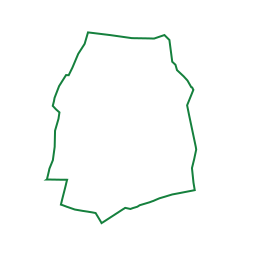 the district of Nomgon, Ömnögovi, Mongolia, rotated 12°
{"feature_id": "93677404B86751370010695", "entity_name": "Nomgon", "entity_type": "district", "adm_level": 2, "iso_a3": "MNG", "parent_name": "Mongolia", "parent_adm1": "Ömnögovi", "projection": "orthographic", "projection_center": [105.179, 42.406], "detail": "fine", "context": "isolated", "style": "outline", "palette": "green", "viewbox_px": 256, "rotation_deg": 12, "n_neighbors": 0, "source": "geoboundaries", "source_scale": "gbopen_adm2", "svg_char_len": 1563}
<svg xmlns="http://www.w3.org/2000/svg" viewBox="0 0 256 256"><g transform="rotate(12 128 128)"><path d="M144.3,29.5L134.9,35.1L129.4,36.1L113.1,39.3L91.4,40.8L69.0,42.8L68.1,54.7L63.9,65.8L61.1,80.4L59.0,88.7L56.4,89.1L51.9,101.3L49.9,113.8L50.0,117.2L49.8,122.0L53.8,124.8L57.7,127.0L58.1,133.5L57.2,145.8L60.2,161.7L61.2,175.1L59.6,184.1L59.6,186.9L59.4,195.2L59.3,195.3L64.6,194.2L66.1,193.9L69.8,193.2L74.8,192.2L76.3,191.9L76.5,191.8L79.2,191.3L79.1,193.1L79.0,197.7L78.8,203.0L78.5,210.3L78.3,216.9L80.3,217.1L84.8,217.8L85.8,217.9L92.9,218.8L95.6,218.7L100.9,218.5L105.7,218.2L110.0,218.0L114.0,217.9L118.2,222.4L121.7,226.2L121.9,226.5L123.2,225.3L125.7,222.8L128.8,219.7L129.7,218.8L135.0,213.5L135.5,213.1L135.7,212.8L136.6,211.9L136.8,211.7L140.1,208.4L141.1,207.5L141.5,207.0L141.9,206.7L144.7,206.7L147.2,206.7L149.6,205.2L150.2,204.9L150.7,204.6L151.3,204.3L152.0,203.9L153.6,203.0L154.1,202.5L154.5,202.1L155.5,201.1L159.0,199.2L164.5,196.2L167.0,194.6L167.9,194.1L170.1,192.5L173.4,190.2L177.1,188.2L178.6,187.4L180.2,186.5L185.1,183.8L192.1,180.9L195.6,179.4L200.1,177.5L203.2,176.2L206.2,174.9L203.4,167.8L198.9,153.9L199.2,144.8L199.2,134.9L198.2,132.3L185.3,103.2L181.1,93.5L184.0,77.1L183.9,77.0L183.8,76.9L183.7,76.8L183.6,76.7L183.4,76.5L183.4,76.4L183.3,76.2L183.2,76.1L183.0,75.8L182.9,75.7L182.7,75.5L182.6,75.4L182.5,75.2L182.4,75.1L182.1,75.0L182.0,74.9L181.9,74.9L181.7,74.9L181.4,74.9L181.2,74.7L176.3,69.2L171.7,65.9L163.9,61.2L161.3,56.3L157.5,54.0L150.2,33.3L144.3,29.5Z" fill="none" stroke="#15803d" stroke-width="2"/></g></svg>